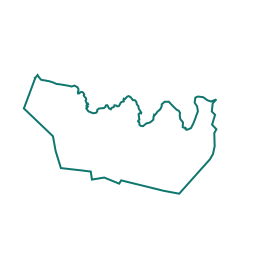 Martin, North Carolina, United States of America (Equal Earth projection), rotated 342°
{"feature_id": "52423323B59070607035282", "entity_name": "Martin", "entity_type": "district", "adm_level": 2, "iso_a3": "USA", "parent_name": "United States of America", "parent_adm1": "North Carolina", "projection": "equal_earth", "projection_center": [-77.075, 35.865], "detail": "fine", "context": "isolated", "style": "outline", "palette": "teal", "viewbox_px": 256, "rotation_deg": 342, "n_neighbors": 0, "source": "geoboundaries", "source_scale": "gbopen_adm2", "svg_char_len": 2115}
<svg xmlns="http://www.w3.org/2000/svg" viewBox="0 0 256 256"><g transform="rotate(342 128 128)"><path d="M221.0,128.0L220.7,128.1L220.3,128.2L215.1,128.4L212.4,126.4L212.1,126.1L211.6,125.5L209.1,122.0L204.3,119.7L201.5,119.9L199.2,124.4L200.4,128.9L199.6,133.8L196.6,137.5L194.7,140.1L191.6,143.8L187.8,147.6L184.3,147.9L182.9,147.7L182.3,146.3L182.8,146.0L182.2,145.2L181.3,145.0L180.3,144.1L180.8,142.8L182.0,139.7L180.5,135.6L181.1,131.9L182.1,129.7L181.7,127.4L179.9,125.6L177.6,121.3L174.9,115.6L170.9,114.4L167.4,115.9L166.6,118.0L164.4,120.2L160.9,121.7L159.2,123.0L157.2,124.2L156.9,123.6L155.8,125.1L154.7,127.9L152.3,129.0L150.0,129.6L146.9,129.3L142.8,130.9L140.6,129.8L139.9,128.4L140.5,126.0L139.6,125.0L140.1,124.1L141.4,123.6L142.0,120.1L142.4,118.0L144.2,117.4L144.9,118.1L145.4,117.4L145.0,116.0L144.2,112.9L144.6,110.3L143.7,108.2L144.0,105.5L143.0,103.6L141.2,103.0L140.2,99.8L138.6,97.9L136.9,97.9L133.9,99.6L133.1,98.8L132.5,99.4L132.2,101.4L130.4,101.3L129.1,101.5L127.0,103.5L126.0,104.4L124.3,104.0L123.7,103.0L122.1,102.2L121.0,103.6L118.7,103.8L117.4,104.9L116.0,103.4L115.7,101.5L115.4,100.0L113.9,99.7L113.0,101.0L111.3,101.6L108.7,101.0L106.3,100.5L104.3,101.3L103.8,102.8L102.2,103.7L99.5,103.2L97.3,101.5L95.5,99.9L94.6,97.1L94.4,96.4L95.3,95.5L95.7,95.8L96.4,95.2L95.9,94.6L95.4,94.0L96.7,92.9L97.4,93.1L97.4,92.3L96.7,92.0L96.3,91.8L96.5,91.2L96.5,91.3L96.3,90.4L96.1,88.8L97.2,87.7L97.1,86.2L96.4,85.1L96.0,83.3L96.7,82.7L96.5,81.2L96.2,80.3L95.2,79.4L93.7,79.2L92.5,80.0L91.2,79.7L91.3,78.6L92.4,77.0L92.9,75.7L92.5,73.5L91.4,72.5L90.4,71.2L87.1,71.1L84.2,69.3L81.1,67.7L77.3,65.7L73.6,64.0L70.7,61.4L67.1,58.9L65.3,58.0L63.0,56.7L61.8,56.2L61.3,55.9L60.1,55.0L59.5,53.6L59.0,52.1L58.6,50.9L58.4,49.7L55.8,51.4L54.9,51.6L55.0,52.1L36.9,74.9L35.0,77.2L54.1,112.7L52.1,127.1L52.0,131.4L51.8,145.4L70.3,153.8L79.1,157.9L77.8,165.9L90.1,167.8L102.4,178.2L105.3,175.7L142.4,198.7L156.4,206.3L180.9,192.0L196.2,183.1L200.8,179.0L204.8,172.1L208.5,159.5L211.7,156.5L209.0,150.8L214.9,142.4L212.8,138.2L216.2,130.7L221.0,128.0Z" fill="none" stroke="#0f766e" stroke-width="2"/></g></svg>